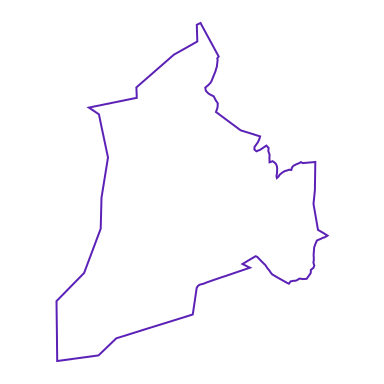 outline of Cocal, Piauí, Brazil
{"feature_id": "56859067B44151936465975", "entity_name": "Cocal", "entity_type": "district", "adm_level": 2, "iso_a3": "BRA", "parent_name": "Brazil", "parent_adm1": "Piauí", "projection": "robinson", "projection_center": [-41.456, -3.429], "detail": "fine", "context": "isolated", "style": "outline", "palette": "violet", "viewbox_px": 384, "rotation_deg": 0, "n_neighbors": 0, "source": "geoboundaries", "source_scale": "gbopen_adm2", "svg_char_len": 1770}
<svg xmlns="http://www.w3.org/2000/svg" viewBox="0 0 384 384"><path d="M88.9,107.6L95.2,111.8L98.9,114.3L99.9,119.0L100.7,123.0L108.0,157.5L101.5,197.7L100.7,228.7L84.1,273.0L78.0,279.2L56.5,301.1L56.9,333.0L57.2,361.0L98.5,355.4L100.8,353.2L116.3,338.3L146.7,328.8L192.7,314.5L193.1,312.2L196.7,287.9L198.0,285.9L199.5,284.8L201.5,284.2L203.7,283.7L205.4,282.9L212.2,280.5L222.7,276.9L225.0,276.2L249.9,267.7L242.5,264.0L252.7,257.9L255.7,256.2L257.5,257.1L258.8,258.5L260.2,260.0L261.6,261.4L263.3,263.1L265.3,265.0L267.2,267.9L269.4,270.6L270.8,272.7L272.2,274.4L279.1,278.4L287.0,282.8L288.9,283.7L290.6,281.4L292.8,280.9L295.7,280.7L297.5,279.9L299.3,278.6L301.2,278.8L303.4,279.1L306.7,278.8L310.7,273.1L310.9,269.9L313.4,267.9L314.3,265.6L313.4,262.6L313.8,260.1L313.8,257.8L313.6,255.0L314.2,247.3L315.7,243.2L316.9,240.5L321.1,238.7L322.9,237.8L324.7,237.3L327.5,235.6L323.7,233.2L318.0,229.9L313.5,203.9L314.9,190.1L315.3,162.0L302.6,163.1L301.0,162.1L298.7,163.4L296.9,164.0L295.1,164.9L293.5,165.7L292.0,167.5L291.3,170.0L289.1,169.7L287.3,170.4L284.7,171.1L282.0,172.8L279.7,174.7L278.4,176.7L276.9,178.0L276.5,176.1L277.0,173.1L277.2,169.0L276.9,166.3L276.0,164.0L274.4,162.4L272.6,161.2L269.6,162.3L269.4,158.1L269.6,154.7L268.3,151.0L268.6,148.0L266.4,145.6L260.1,149.8L256.4,151.3L254.4,149.5L254.5,147.0L258.0,142.1L259.4,138.9L260.1,136.4L240.6,130.3L216.0,112.0L217.5,107.6L217.8,103.3L215.8,100.4L213.7,96.3L209.5,94.2L208.0,93.1L205.8,90.7L205.3,87.6L208.1,85.3L210.4,82.9L211.5,81.1L215.5,71.2L216.0,69.2L216.8,66.9L217.6,60.2L217.3,58.3L218.7,56.5L205.3,31.9L200.5,23.0L196.8,24.8L197.3,41.5L174.0,54.6L172.0,56.3L136.4,87.4L136.7,95.8L136.7,97.9L134.4,98.3L130.0,99.2L94.6,106.4L88.9,107.6Z" fill="none" stroke="#5b21b6" stroke-width="2"/></svg>